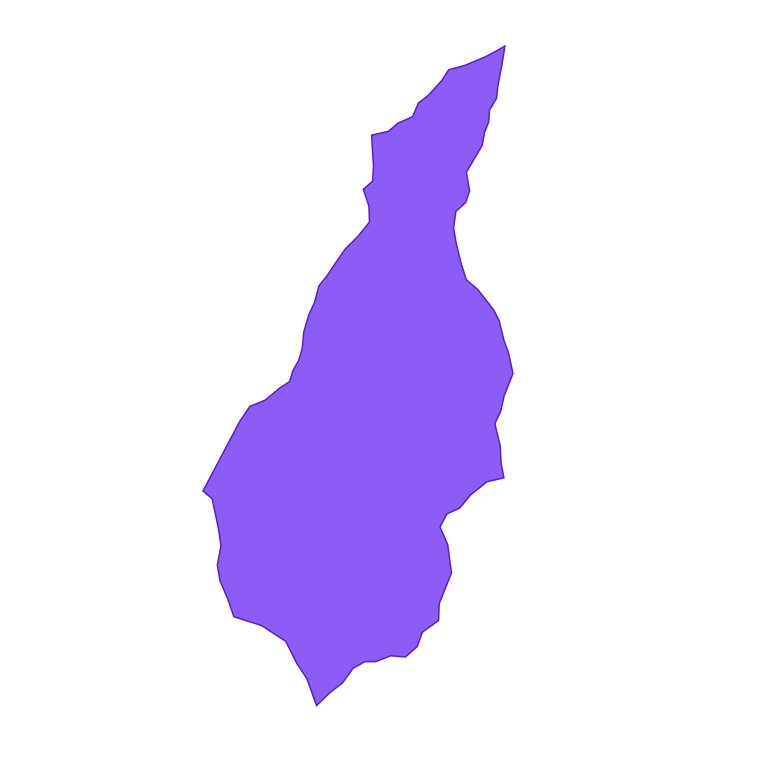 Santa Salete, São Paulo, Brazil (orthographic projection), rotated 163°
{"feature_id": "56859067B39961263989450", "entity_name": "Santa Salete", "entity_type": "district", "adm_level": 2, "iso_a3": "BRA", "parent_name": "Brazil", "parent_adm1": "São Paulo", "projection": "orthographic", "projection_center": [-50.728, -20.265], "detail": "fine", "context": "isolated", "style": "filled", "palette": "violet", "viewbox_px": 768, "rotation_deg": 163, "n_neighbors": 0, "source": "geoboundaries", "source_scale": "gbopen_adm2", "svg_char_len": 1286}
<svg xmlns="http://www.w3.org/2000/svg" viewBox="0 0 768 768"><g transform="rotate(163 384 384)"><path d="M296.8,259.2L295.1,274.5L291.0,290.3L289.6,313.6L280.3,323.9L272.4,337.8L257.6,356.3L255.8,377.1L256.5,391.6L255.3,410.7L257.6,423.3L266.7,447.0L274.8,459.6L275.0,477.4L273.6,499.4L271.8,512.9L264.8,528.0L252.8,533.7L245.6,543.8L243.3,562.4L220.4,583.4L214.3,595.2L207.2,604.1L203.0,615.0L192.8,624.4L188.2,635.3L177.5,655.5L169.6,671.8L190.5,667.4L213.0,665.1L230.3,665.6L239.8,657.5L257.2,647.1L269.0,642.6L278.5,631.3L294.5,629.3L305.8,624.4L323.0,625.6L326.7,611.0L330.2,595.9L335.5,581.4L346.9,576.2L346.4,558.4L350.6,543.1L365.2,533.2L381.8,524.3L394.6,514.2L406.4,504.5L417.5,496.9L426.6,482.3L435.6,472.2L445.6,457.1L451.6,442.3L458.5,431.7L467.1,423.5L473.6,413.9L484.7,410.7L502.6,403.3L518.8,401.8L532.9,390.4L588.4,334.6L581.9,324.5L584.7,293.3L587.2,277.0L596.3,259.7L598.4,243.4L596.3,224.9L595.6,205.4L581.9,195.8L571.7,188.8L553.2,166.6L549.2,142.6L543.9,124.8L542.5,96.2L526.1,104.6L511.0,110.3L496.8,121.1L483.6,124.1L473.0,120.9L457.0,122.1L443.3,116.7L428.9,123.3L419.9,135.4L400.9,141.9L395.5,157.7L374.7,183.6L370.0,211.8L372.3,230.8L361.7,241.4L348.0,243.2L333.2,252.8L314.2,260.4L296.8,259.2Z" fill="#8b5cf6" stroke="#5b21b6" stroke-width="1.5"/></g></svg>